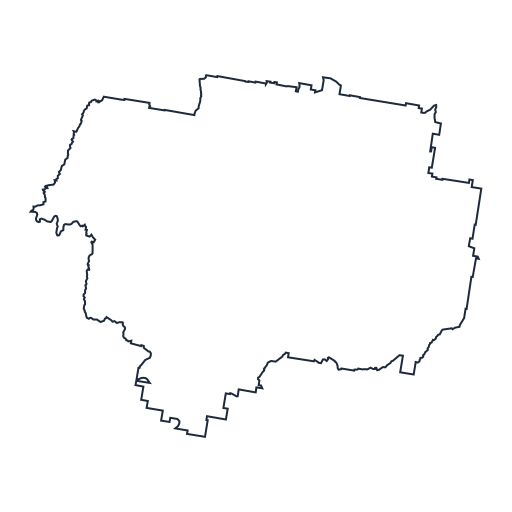 the district of Blayney, New South Wales, Australia
{"feature_id": "25037944B69063028114827", "entity_name": "Blayney", "entity_type": "district", "adm_level": 2, "iso_a3": "AUS", "parent_name": "Australia", "parent_adm1": "New South Wales", "projection": "robinson", "projection_center": [148.985, -33.617], "detail": "fine", "context": "isolated", "style": "outline", "palette": "slate", "viewbox_px": 512, "rotation_deg": 0, "n_neighbors": 0, "source": "geoboundaries", "source_scale": "gbopen_adm2", "svg_char_len": 5878}
<svg xmlns="http://www.w3.org/2000/svg" viewBox="0 0 512 512"><path d="M436.1,105.0L434.0,105.6L430.3,109.6L426.2,111.7L425.4,112.7L423.6,112.9L421.3,112.5L421.9,108.6L418.7,108.1L419.1,105.5L406.0,103.2L405.6,105.5L359.9,98.0L360.0,97.1L352.7,95.8L349.9,95.3L349.8,96.0L339.5,94.2L340.9,85.5L339.0,84.4L336.2,81.6L330.4,78.3L323.0,77.3L323.7,80.1L322.0,90.2L315.0,92.4L315.4,90.3L310.8,89.5L311.5,85.3L299.2,83.1L299.6,86.0L299.4,87.4L298.4,89.1L297.9,91.7L295.8,91.3L296.6,87.2L287.8,86.1L286.6,86.4L276.5,84.4L276.9,82.4L274.4,82.0L274.2,83.2L270.2,82.6L270.4,81.7L266.6,81.1L266.8,82.8L265.9,84.2L265.9,83.5L255.6,81.6L255.4,82.6L248.6,81.3L248.5,82.0L245.2,81.5L245.1,81.1L217.4,76.1L217.2,77.1L206.3,75.2L205.9,76.1L205.9,77.3L204.1,78.8L200.8,78.9L200.0,79.3L200.2,78.5L199.5,79.4L200.0,86.0L200.6,87.9L200.5,89.6L201.1,91.8L200.9,93.2L201.3,93.9L201.0,95.5L201.3,96.2L200.4,97.9L200.2,101.4L198.7,106.1L198.6,108.3L195.8,110.5L194.6,113.3L194.4,115.1L164.6,109.9L164.5,110.4L149.1,107.9L149.4,106.7L150.1,106.1L149.2,104.3L149.5,102.9L124.5,98.9L124.4,100.0L121.7,99.7L103.8,96.7L102.2,100.1L101.2,100.9L100.0,101.0L99.4,102.2L98.2,102.3L97.9,100.7L96.4,101.4L95.9,100.1L94.7,99.6L91.7,100.7L90.9,102.1L89.3,102.5L89.0,103.4L89.1,105.2L87.2,105.6L86.7,108.4L85.0,109.4L84.1,110.5L83.4,112.9L82.1,114.2L82.9,115.3L80.9,120.0L81.7,121.0L80.8,123.8L80.0,124.4L79.4,126.3L78.0,128.1L76.6,131.4L76.1,131.8L73.6,131.2L74.0,132.1L73.7,133.9L74.2,134.8L73.6,135.2L73.4,138.2L71.8,139.1L71.6,139.8L73.0,141.7L72.1,142.6L71.5,144.1L70.1,144.8L70.0,146.3L70.5,148.0L68.0,150.5L67.9,153.9L68.3,154.8L67.6,156.2L67.7,157.7L65.2,159.8L64.3,164.4L61.8,166.0L60.8,170.1L59.0,171.8L58.9,172.5L59.9,173.9L57.8,175.8L57.8,178.3L56.3,179.2L56.5,180.5L54.6,180.2L55.1,182.4L53.6,184.6L49.2,185.1L45.5,186.0L45.1,186.6L47.0,187.0L47.4,188.1L45.7,188.1L44.5,189.6L42.9,189.6L43.1,190.3L44.8,191.9L43.7,193.0L44.8,194.9L45.0,197.3L45.6,198.3L45.5,201.5L43.4,202.1L43.5,204.3L40.1,205.3L37.6,205.4L35.2,206.7L33.5,206.5L33.6,208.6L32.9,210.4L31.5,210.6L30.7,211.7L35.2,211.9L36.8,212.9L37.3,214.5L36.0,218.5L36.1,220.1L36.9,221.3L38.8,222.1L39.9,221.7L39.8,219.3L41.3,218.6L44.6,219.7L47.1,221.4L50.6,222.0L51.6,221.3L54.2,216.6L55.3,215.9L56.7,216.1L57.5,218.1L57.9,220.6L56.7,223.7L57.7,226.4L57.0,228.4L56.3,232.7L57.3,235.4L57.9,235.5L59.2,235.2L61.0,231.2L63.3,230.2L63.4,227.3L64.0,224.9L65.2,224.1L69.7,224.6L71.6,223.8L73.3,221.8L76.7,221.2L77.4,221.6L79.8,225.4L80.8,226.3L82.3,225.7L82.7,226.3L83.1,226.2L84.8,224.7L85.4,226.4L86.1,227.0L85.5,229.7L86.9,229.9L86.2,232.5L86.6,233.7L86.1,234.8L86.3,235.5L89.6,236.6L91.4,234.7L93.0,237.4L95.2,239.7L93.6,242.4L91.8,241.6L91.3,242.2L92.6,244.7L92.6,253.1L92.1,254.0L89.6,255.5L88.7,257.2L88.6,259.4L89.1,261.0L87.6,264.1L87.9,265.0L88.7,265.2L88.3,266.3L89.3,269.6L89.1,269.9L87.6,269.5L86.7,270.9L87.2,275.1L86.9,276.9L87.4,278.2L85.8,281.3L86.5,283.9L86.3,284.6L85.4,285.2L86.1,288.5L85.1,290.2L85.1,293.0L83.6,294.5L83.5,296.2L84.7,297.5L83.9,299.3L84.9,300.9L85.1,304.3L84.3,305.2L83.7,308.8L84.7,310.4L84.7,311.7L85.7,313.0L86.2,315.9L86.9,317.8L88.8,318.8L89.9,317.9L91.2,317.9L93.3,319.5L96.8,319.5L100.6,322.0L104.1,320.7L104.8,318.7L105.9,318.3L106.5,317.1L111.1,320.1L112.6,321.7L114.5,321.1L116.8,323.0L119.3,322.2L122.6,322.3L122.9,322.9L122.7,324.6L123.1,325.6L124.9,327.4L125.0,329.0L123.2,332.4L123.5,333.4L123.2,336.2L124.1,337.9L125.5,338.5L126.3,340.3L127.4,340.4L128.3,341.4L131.3,340.7L130.8,343.3L141.1,346.1L141.3,345.2L143.8,345.9L143.8,347.8L148.5,351.5L149.7,351.6L150.9,353.3L150.7,355.8L149.8,357.8L145.2,360.0L141.3,365.0L140.3,365.7L139.5,367.9L138.5,367.7L136.6,379.1L138.4,379.3L141.4,378.0L143.5,377.8L145.5,378.1L147.2,379.3L149.7,382.9L136.3,380.8L135.5,385.1L143.4,386.6L141.2,399.8L147.8,401.0L146.6,407.9L162.8,410.6L161.1,420.6L169.5,422.0L170.3,417.8L177.5,419.0L179.4,421.2L179.3,423.4L178.1,426.0L175.3,428.4L187.6,430.5L187.0,433.9L205.0,436.8L207.7,420.2L206.4,420.0L207.0,416.2L225.9,419.5L227.7,408.7L223.4,408.0L225.8,393.4L230.0,394.1L230.2,393.2L231.5,393.5L236.6,396.4L237.7,396.2L238.7,389.4L255.7,392.4L256.4,387.4L262.3,388.3L261.0,385.5L258.7,385.2L259.4,380.5L258.0,379.1L258.1,377.6L259.4,377.0L262.8,371.8L264.1,370.6L264.0,369.5L264.4,368.9L264.1,368.6L266.6,365.5L267.9,362.6L271.0,361.0L275.7,361.6L282.3,356.6L283.1,355.0L285.1,353.7L285.8,352.6L288.7,353.2L288.0,357.3L313.9,361.3L314.5,359.9L318.2,362.2L318.4,362.7L321.0,363.2L322.9,359.5L324.8,359.4L326.7,361.0L328.1,359.1L327.8,358.0L328.9,357.3L334.7,360.9L334.7,361.4L336.4,362.7L337.6,365.9L337.7,368.1L338.6,369.7L341.3,369.1L341.4,368.5L354.2,370.6L354.4,369.6L357.2,369.6L358.2,369.1L358.3,368.6L362.4,369.4L365.6,369.1L367.0,369.5L370.6,367.7L372.8,368.9L374.5,369.1L375.0,369.0L375.1,367.9L376.3,367.8L377.2,370.2L379.0,369.8L382.8,367.1L385.4,367.3L387.0,365.3L390.4,363.0L391.4,361.3L392.9,360.8L399.5,355.2L402.9,355.7L400.2,372.3L413.7,374.5L415.7,362.0L417.7,362.6L419.4,361.4L419.7,360.0L420.2,359.4L420.4,357.9L422.5,357.6L423.2,356.7L423.1,355.2L424.3,354.3L425.1,352.3L427.8,350.0L427.6,348.5L428.9,346.6L429.1,345.1L429.8,344.3L430.1,343.0L431.5,342.7L433.0,339.8L433.9,340.1L435.1,339.3L435.9,338.3L436.1,337.0L437.4,335.9L438.0,334.9L439.7,334.4L441.9,330.3L442.7,329.6L451.7,328.3L452.5,329.2L455.3,327.6L459.5,326.8L459.8,325.1L464.1,318.1L465.6,308.7L466.6,308.9L471.4,276.8L472.7,277.0L476.0,258.4L478.7,258.8L477.7,256.6L473.1,255.8L474.3,248.3L468.8,246.2L470.2,238.3L472.5,238.7L474.7,224.6L475.7,224.8L481.3,188.6L471.7,187.1L472.8,180.1L469.4,179.5L468.9,182.9L442.5,178.8L442.4,179.8L436.2,178.8L436.5,177.4L431.9,176.6L432.4,173.6L428.4,173.0L429.2,167.3L431.8,167.7L435.1,147.8L431.7,147.2L431.1,151.4L430.2,151.4L432.8,133.7L439.2,134.8L440.9,123.5L435.3,122.1L434.5,117.8L434.6,114.1L435.8,112.1L435.2,109.6L436.3,106.9L436.1,105.0Z" fill="none" stroke="#1e293b" stroke-width="2"/></svg>